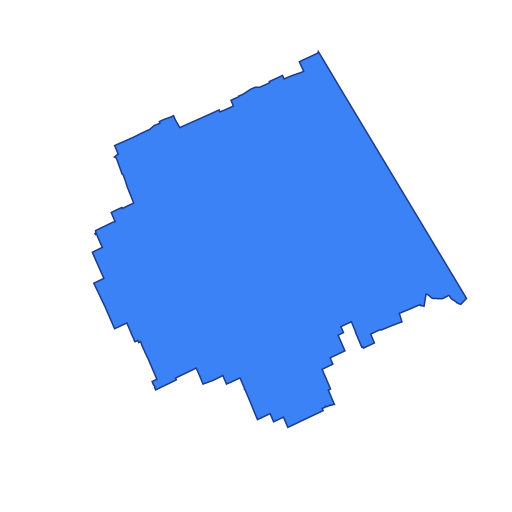 Paroo, Queensland, Australia, rotated 239°
{"feature_id": "25037944B13506382949724", "entity_name": "Paroo", "entity_type": "district", "adm_level": 2, "iso_a3": "AUS", "parent_name": "Australia", "parent_adm1": "Queensland", "projection": "equal_earth", "projection_center": [145.53, -27.987], "detail": "fine", "context": "isolated", "style": "filled", "palette": "blue", "viewbox_px": 512, "rotation_deg": 239, "n_neighbors": 0, "source": "geoboundaries", "source_scale": "gbopen_adm2", "svg_char_len": 5796}
<svg xmlns="http://www.w3.org/2000/svg" viewBox="0 0 512 512"><g transform="rotate(239 256 256)"><path d="M308.0,414.6L346.6,414.6L356.2,414.6L383.3,414.7L390.9,414.7L399.2,414.7L398.8,414.3L398.1,413.4L398.3,411.2L398.6,408.6L398.8,406.4L399.0,404.4L399.3,402.2L399.5,399.9L399.8,397.7L400.0,395.4L400.2,393.2L399.6,393.1L389.8,392.0L389.8,391.6L390.0,390.0L390.3,388.5L390.5,387.4L390.6,386.9L390.8,385.8L391.1,384.6L391.2,384.0L391.7,381.8L391.9,380.7L392.3,378.9L392.3,378.5L392.7,375.8L393.3,371.3L393.9,371.4L397.1,371.7L397.5,368.4L397.4,368.3L398.0,363.4L398.7,357.2L397.5,357.0L397.6,355.6L398.1,351.2L398.4,348.9L398.7,346.0L401.0,342.4L401.7,337.6L401.4,329.0L401.4,327.2L401.8,324.9L402.0,323.3L401.4,323.1L401.7,320.5L402.2,316.5L402.4,314.8L396.2,313.8L397.1,306.0L397.5,302.6L397.7,301.7L397.8,301.4L397.8,301.1L398.2,299.2L400.2,299.6L400.4,297.8L401.8,285.7L402.6,279.2L405.3,256.8L412.1,256.9L414.5,257.0L418.7,257.6L418.8,256.9L418.9,256.4L418.9,256.2L418.9,255.9L419.1,254.2L420.5,247.1L421.0,242.4L419.3,242.0L420.1,237.0L420.2,236.9L420.3,236.0L419.4,231.0L419.3,229.8L420.3,220.9L420.3,220.0L420.8,213.5L420.8,213.4L422.5,199.5L423.5,191.7L414.1,190.3L414.3,188.9L414.0,187.1L414.0,186.9L413.8,185.6L412.1,186.7L410.5,186.4L408.7,186.1L406.3,185.6L404.3,185.2L398.1,184.0L395.3,183.4L393.8,183.9L392.3,183.7L391.4,183.5L391.2,183.4L390.0,183.2L389.1,183.0L387.3,182.6L384.6,181.9L383.3,181.6L382.8,181.5L380.5,181.0L379.0,180.8L376.0,180.3L374.0,180.0L371.3,179.6L370.1,179.4L369.0,179.2L365.0,178.5L364.4,178.4L364.9,173.5L365.4,167.9L365.6,165.8L366.7,166.0L367.0,163.4L367.5,158.9L367.7,156.6L367.8,155.5L367.9,154.3L365.1,153.9L362.2,153.5L359.4,153.1L358.0,152.9L358.2,152.4L358.7,150.9L358.9,148.6L359.1,146.3L359.5,141.2L359.8,138.9L360.3,132.8L360.4,131.6L359.7,131.5L359.2,130.8L358.0,130.7L358.1,129.5L357.1,129.4L357.0,130.6L353.1,130.0L350.7,129.7L348.5,129.4L344.4,128.9L342.5,128.7L342.7,126.9L343.0,123.5L343.5,117.7L342.8,117.5L332.6,116.2L326.1,115.4L315.2,114.1L316.2,102.9L312.6,102.6L302.9,101.7L297.5,101.1L293.6,100.8L291.7,100.6L289.7,100.5L289.5,100.4L287.6,100.1L283.9,99.6L273.1,98.2L266.5,97.3L266.3,99.2L265.8,103.8L265.1,110.8L255.0,109.4L254.9,109.3L253.6,109.1L251.8,108.9L251.8,109.0L249.9,108.7L248.0,108.5L246.9,108.3L245.9,108.1L245.3,108.1L244.8,108.1L244.5,111.2L242.2,110.9L242.0,113.0L239.3,112.4L238.8,112.3L237.8,112.2L237.3,112.1L236.9,112.0L230.2,111.2L228.3,111.0L225.7,110.7L224.2,110.7L218.5,109.9L214.7,109.4L212.8,109.1L211.8,109.0L210.9,108.8L209.0,108.6L207.1,108.3L205.9,108.2L205.2,108.0L203.3,107.8L201.4,107.5L201.6,105.5L201.8,103.5L201.9,102.3L199.3,101.9L199.1,102.0L198.7,101.8L198.0,101.7L197.5,101.9L197.2,102.1L196.9,102.2L196.6,102.1L195.9,102.0L195.8,101.9L195.7,101.4L192.9,101.0L192.5,105.2L192.3,107.9L192.4,108.1L192.4,108.5L192.2,108.8L192.0,111.4L191.5,116.0L191.2,119.7L190.9,124.0L192.8,124.2L192.8,124.5L192.6,126.7L190.7,147.1L189.2,146.9L184.9,146.3L181.9,145.9L173.5,144.6L173.2,146.4L172.7,148.6L172.2,151.4L172.0,152.5L171.7,153.9L171.5,154.8L171.4,155.9L171.2,158.4L170.9,162.4L170.7,164.7L170.6,166.0L166.3,165.4L163.9,165.1L161.4,164.7L161.4,165.3L161.0,167.8L160.7,169.4L160.6,171.2L160.4,172.9L159.7,179.5L155.5,178.9L151.1,178.3L148.5,178.0L147.9,177.4L147.1,177.5L146.5,177.7L143.9,177.3L134.7,176.0L128.7,175.1L127.2,174.8L119.9,173.7L115.0,173.0L114.6,176.7L114.4,177.0L114.4,177.5L114.5,177.8L113.6,186.8L113.3,186.9L104.8,185.7L104.6,187.3L104.6,188.1L104.5,188.5L104.3,190.7L104.3,190.8L103.8,195.5L103.9,195.8L103.9,196.0L103.7,196.6L95.6,195.4L92.7,195.0L91.8,203.7L91.2,210.3L89.4,228.3L88.9,233.9L91.3,234.2L91.3,234.5L91.2,234.8L91.0,235.4L91.0,235.8L90.9,236.1L90.9,236.5L90.8,237.1L90.8,237.3L91.4,237.5L91.2,238.0L91.3,238.5L90.9,238.7L90.8,238.9L90.5,238.9L90.3,239.5L90.1,239.8L90.3,240.2L90.3,240.6L90.1,240.9L90.2,241.1L90.2,241.4L90.0,241.7L90.1,241.9L90.0,242.1L90.2,242.5L89.9,243.0L89.5,243.1L89.4,243.2L89.4,243.3L89.5,243.3L89.4,243.4L89.2,244.1L89.1,244.4L89.1,244.7L88.9,245.1L89.1,245.8L89.0,246.0L88.7,246.2L88.6,246.7L88.5,246.8L103.8,248.9L103.6,251.4L116.4,253.2L117.9,253.4L118.0,253.3L118.3,253.3L118.5,253.3L118.8,253.5L124.8,254.3L123.7,266.2L130.5,267.1L128.9,283.4L139.0,284.7L145.8,285.6L145.3,291.5L151.7,292.4L151.2,297.5L150.5,303.9L139.8,302.3L139.6,302.0L123.3,299.7L123.2,300.8L121.7,300.6L120.5,312.7L130.0,314.1L129.0,324.2L129.1,324.3L128.9,324.6L128.2,324.9L128.1,325.0L126.3,336.8L126.0,338.4L125.6,340.6L125.2,342.8L124.8,345.0L124.4,347.2L133.0,349.3L131.6,358.6L129.8,371.6L128.9,371.4L126.4,374.2L131.6,378.6L135.7,382.1L135.2,382.7L134.7,383.1L133.8,383.5L133.4,383.7L132.9,384.0L131.4,384.3L131.0,384.5L130.3,384.7L129.7,384.9L129.0,385.4L128.7,385.6L128.3,386.2L128.0,386.4L127.7,386.8L127.6,387.2L127.4,387.7L127.2,388.0L127.0,388.6L126.7,388.9L126.3,389.1L126.0,389.3L125.8,389.7L125.6,390.1L125.4,390.5L125.4,390.8L125.4,391.0L125.2,391.2L125.0,391.4L124.7,391.5L124.5,391.8L124.4,392.1L124.4,392.3L124.3,392.6L124.0,392.9L123.8,393.0L123.5,393.3L123.5,393.7L123.4,394.2L123.2,395.1L123.2,395.6L123.4,396.1L123.4,396.3L123.3,396.8L123.1,397.2L123.1,397.6L123.0,398.0L123.0,398.4L123.0,398.7L123.0,400.4L122.9,400.7L122.6,400.9L122.3,401.2L122.0,401.3L121.4,401.3L121.2,401.4L120.9,401.3L120.2,401.2L119.9,401.2L119.6,401.3L119.0,401.6L118.8,401.5L118.3,401.7L118.0,401.8L117.7,401.8L117.4,402.0L117.1,402.1L116.9,402.2L116.4,402.6L116.2,402.8L115.7,403.1L115.4,403.2L115.1,403.2L114.9,403.3L114.5,403.4L113.9,403.8L113.3,404.0L112.8,404.0L112.4,404.1L112.2,404.2L111.7,404.7L111.3,404.9L111.0,405.0L110.9,405.3L110.1,405.6L109.9,405.8L109.3,406.5L109.1,406.7L109.7,409.0L110.9,413.5L111.2,414.6L147.9,414.6L152.4,414.6L211.4,414.6L217.2,414.6L279.0,414.6L308.0,414.6Z" fill="#3b82f6" stroke="#1e3a8a" stroke-width="1.5"/></g></svg>